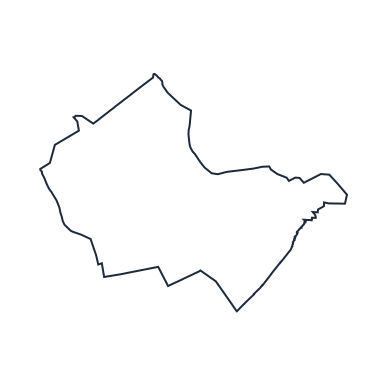 Monclova, Coahuila, Mexico (Natural Earth projection), rotated 189°
{"feature_id": "50627088B80535249713171", "entity_name": "Monclova", "entity_type": "district", "adm_level": 2, "iso_a3": "MEX", "parent_name": "Mexico", "parent_adm1": "Coahuila", "projection": "natural_earth1", "projection_center": [-101.35, 26.881], "detail": "fine", "context": "isolated", "style": "outline", "palette": "slate", "viewbox_px": 384, "rotation_deg": 189, "n_neighbors": 0, "source": "geoboundaries", "source_scale": "gbopen_adm2", "svg_char_len": 3811}
<svg xmlns="http://www.w3.org/2000/svg" viewBox="0 0 384 384"><g transform="rotate(189 192 192)"><path d="M247.4,302.8L248.5,302.2L248.4,299.4L248.4,298.9L256.5,290.5L262.4,284.3L266.0,280.5L269.6,276.6L274.1,271.9L274.6,271.3L276.5,269.3L279.2,266.5L280.0,265.6L281.3,264.2L283.5,261.8L284.0,261.3L285.1,260.2L285.6,259.6L286.4,258.8L287.0,258.1L288.2,256.8L288.3,256.7L289.1,255.9L291.8,253.0L296.4,248.0L300.2,244.1L302.8,245.3L309.4,248.4L310.0,248.7L310.7,249.0L311.9,249.6L312.4,249.8L313.1,249.8L314.4,249.6L314.8,249.6L318.8,249.1L319.7,247.7L320.6,247.3L316.4,243.8L313.3,234.9L334.8,217.1L335.9,207.4L336.9,198.5L339.7,196.0L345.5,191.0L345.0,189.6L343.6,188.9L343.0,186.7L340.1,182.8L336.9,177.4L333.7,172.8L330.9,170.1L324.4,162.4L320.8,156.3L320.4,155.5L318.7,150.9L316.8,147.3L315.2,143.3L312.9,139.8L305.8,134.8L303.5,134.1L294.7,132.5L284.8,129.7L278.5,117.7L277.0,114.9L276.8,114.5L273.7,106.9L273.3,105.7L269.9,107.5L265.5,94.3L249.6,99.6L213.7,112.8L206.2,102.6L200.9,95.4L196.7,98.3L188.6,103.7L187.4,104.6L172.0,115.1L171.4,115.8L170.4,115.3L154.5,107.5L139.5,92.0L136.5,88.9L129.9,81.9L129.0,81.2L128.2,82.4L124.0,88.3L123.4,89.1L120.4,93.2L117.6,96.9L115.8,99.2L114.7,100.6L115.0,100.9L109.7,107.9L108.1,110.9L107.8,110.7L107.0,112.1L106.1,113.9L104.9,116.0L103.4,118.8L102.7,120.0L102.2,120.9L101.7,121.9L100.5,124.2L98.8,127.3L96.8,130.8L94.6,134.7L94.1,135.7L93.6,136.5L93.5,136.3L91.3,140.1L91.2,140.2L90.5,141.6L89.6,143.1L88.7,144.7L88.5,145.2L87.9,146.2L87.4,147.1L86.7,148.3L85.8,149.9L85.4,150.6L85.3,151.1L85.2,151.5L85.0,152.3L84.9,152.5L84.8,153.1L84.7,153.3L84.8,153.3L84.9,153.5L84.7,153.9L84.7,154.0L84.6,154.3L84.5,154.6L84.5,155.0L84.6,155.3L84.6,155.5L84.5,155.8L84.4,155.9L84.4,156.0L84.2,156.2L84.2,156.3L84.2,156.5L84.2,156.8L84.1,157.0L84.1,157.3L84.1,157.5L84.4,157.8L84.6,158.1L84.4,158.3L84.3,158.7L84.1,159.1L84.0,159.4L84.0,159.5L83.8,159.8L83.7,159.8L83.4,160.4L83.2,160.6L83.6,161.1L83.4,161.3L83.1,161.9L83.6,162.3L83.2,162.8L82.9,163.3L83.3,163.7L83.2,163.9L83.4,164.1L83.2,164.3L83.1,164.5L82.8,164.5L82.6,164.8L82.3,165.2L82.2,165.5L82.0,165.8L81.8,166.5L81.6,167.1L81.8,167.2L81.4,167.9L81.9,168.3L81.7,168.5L81.5,168.8L82.0,169.2L81.7,169.7L81.5,170.0L81.4,170.1L81.0,170.7L80.8,171.0L80.6,171.3L80.4,171.5L80.3,171.8L80.2,171.8L80.1,172.0L79.9,172.3L79.7,172.6L79.5,172.8L79.3,173.3L79.2,173.4L78.9,174.1L78.5,174.5L78.2,174.3L78.2,174.6L78.1,174.8L78.1,175.0L77.9,175.2L77.9,175.4L77.9,175.5L77.7,175.8L77.6,176.0L77.4,176.2L77.4,176.3L77.2,176.5L77.0,176.8L76.9,176.8L76.8,177.0L76.7,177.2L76.6,177.3L76.5,177.5L76.4,177.7L76.4,177.8L76.3,178.0L76.2,178.1L76.1,178.3L76.1,178.5L76.1,178.8L76.2,179.0L76.2,179.3L76.3,179.3L76.3,179.5L76.2,179.5L75.9,179.6L76.0,179.7L76.1,179.8L76.0,180.0L75.9,180.0L75.9,180.3L75.8,180.5L75.7,180.5L75.7,180.4L75.4,180.5L75.2,180.6L75.5,180.9L77.1,182.1L75.9,182.2L74.0,182.4L72.2,182.6L70.9,182.7L69.7,182.8L69.4,182.8L69.5,184.4L69.2,184.4L69.3,185.4L65.7,185.8L65.7,186.0L65.8,186.4L65.9,186.7L66.0,187.0L66.1,187.4L66.5,188.0L66.7,188.4L67.2,189.0L68.2,189.9L69.2,190.7L69.6,191.1L68.3,191.2L64.6,191.6L64.8,194.4L59.5,198.6L59.8,201.5L59.9,202.4L55.3,202.1L55.2,202.1L54.9,202.2L54.7,202.2L39.1,204.4L38.5,213.5L39.5,214.4L49.3,222.8L58.8,230.4L59.1,230.6L67.5,229.9L83.0,218.6L87.9,222.7L92.0,222.4L92.3,222.3L97.4,218.6L98.0,218.1L100.7,220.9L110.5,223.1L117.5,226.5L119.8,229.3L121.8,228.9L126.6,227.9L134.8,224.8L144.3,222.0L159.4,217.7L161.3,217.1L169.3,213.6L175.5,213.6L181.8,217.2L183.2,218.0L188.6,222.9L195.1,230.0L197.9,232.2L201.0,236.5L202.5,240.8L204.3,247.6L204.5,248.3L205.0,253.1L204.7,256.5L205.7,272.3L216.9,276.3L231.5,286.2L236.6,291.4L238.2,293.8L238.3,295.3L239.1,297.1L240.6,298.1L241.1,298.8L243.4,300.0L245.2,301.5L247.4,302.8Z" fill="none" stroke="#1e293b" stroke-width="2"/></g></svg>